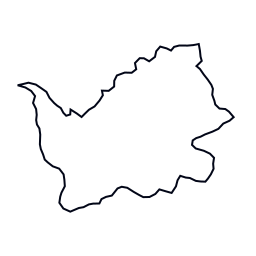 Monte Alegre do Sul, São Paulo, Brazil (orthographic projection), rotated 85°
{"feature_id": "56859067B34036073366888", "entity_name": "Monte Alegre do Sul", "entity_type": "district", "adm_level": 2, "iso_a3": "BRA", "parent_name": "Brazil", "parent_adm1": "São Paulo", "projection": "orthographic", "projection_center": [-46.671, -22.708], "detail": "fine", "context": "isolated", "style": "outline", "palette": "ink", "viewbox_px": 256, "rotation_deg": 85, "n_neighbors": 0, "source": "geoboundaries", "source_scale": "gbopen_adm2", "svg_char_len": 1613}
<svg xmlns="http://www.w3.org/2000/svg" viewBox="0 0 256 256"><g transform="rotate(85 128 128)"><path d="M75.8,234.2L78.7,226.7L82.7,221.2L88.1,217.8L94.8,220.4L101.1,217.9L107.0,217.8L112.1,218.8L116.6,218.4L120.8,216.3L126.9,216.0L136.6,217.2L141.3,216.7L146.9,214.9L152.2,213.7L155.2,211.0L159.6,206.3L162.5,200.1L168.6,196.2L173.9,195.9L180.5,196.0L186.6,199.9L190.5,201.5L196.5,202.9L202.6,199.4L206.3,192.8L203.4,183.9L203.0,179.2L200.7,173.6L200.3,169.4L200.7,163.1L196.5,160.6L194.7,155.9L193.9,150.0L187.3,143.7L186.0,139.4L187.5,133.9L192.2,127.8L195.8,122.6L198.2,118.8L198.6,112.6L196.1,106.5L191.9,102.1L194.5,95.5L196.5,90.2L190.3,85.3L184.4,83.2L180.2,80.1L182.4,74.8L183.2,70.7L186.6,65.0L187.6,60.4L188.2,55.6L185.4,52.8L181.4,49.5L176.1,46.3L171.0,46.3L165.2,44.9L160.7,48.6L157.3,54.4L154.3,62.3L150.4,65.7L146.0,64.6L144.0,60.9L143.0,56.5L141.1,51.8L139.0,44.2L136.7,38.0L131.9,32.7L129.6,26.2L126.4,21.8L120.5,26.0L117.6,29.4L116.6,35.2L112.2,39.0L108.3,39.6L102.3,41.2L96.4,40.0L92.3,41.2L86.8,44.3L81.3,47.9L75.5,51.2L72.3,54.4L67.6,48.7L63.3,49.5L57.2,49.6L50.5,50.2L51.1,55.8L51.1,61.3L50.3,69.8L51.2,75.0L54.6,78.4L52.1,82.5L49.7,88.8L54.0,93.2L59.5,94.9L63.4,101.1L59.9,106.1L59.5,110.3L63.9,115.4L70.2,114.7L73.3,119.5L72.5,126.4L74.7,134.5L79.8,137.6L85.5,138.2L89.3,144.0L88.5,150.7L93.2,150.2L98.2,154.0L103.6,159.4L106.4,165.3L110.3,170.1L113.0,173.3L109.1,177.7L104.6,183.6L109.5,184.4L110.4,188.5L107.2,191.1L102.3,193.2L99.6,196.6L96.7,199.4L91.1,203.6L84.9,206.1L80.6,211.2L76.7,216.0L74.2,223.2L75.1,229.0L75.8,234.2Z" fill="none" stroke="#020617" stroke-width="2"/></g></svg>